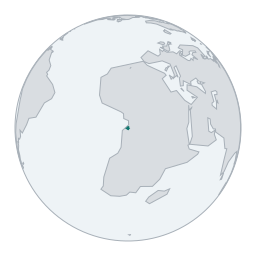 Centro Sur highlighted on a globe, orthographic projection, rotated 35°
{"feature_id": "GNQ-1468", "entity_name": "Centro Sur", "entity_type": "Province", "adm_level": 1, "iso_a3": "GNQ", "parent_name": "Equatorial Guinea", "parent_adm1": "", "projection": "orthographic", "projection_center": [10.435, 1.583], "detail": "fine", "context": "on_globe", "style": "filled", "palette": "teal", "viewbox_px": 256, "rotation_deg": 35, "n_neighbors": 0, "source": "natural_earth", "source_scale": "10m", "svg_char_len": 7324}
<svg xmlns="http://www.w3.org/2000/svg" viewBox="0 0 256 256"><g transform="rotate(35 128 128)"><circle cx="128" cy="128" r="113" fill="#eef3f6" stroke="#a8b0b8"/><path d="M88.5,22.5L87.0,23.1L84.2,24.2L83.9,24.4L88.5,22.5ZM60.0,38.2L57.4,40.2L59.5,38.6L62.9,36.1L66.0,34.2L69.7,31.7L71.5,30.7L75.7,28.3L76.2,28.3L74.3,29.7L70.8,31.8L69.9,32.6L74.1,30.6L68.5,34.8L66.4,38.5L64.8,39.9L60.1,42.1L57.8,41.9L51.8,46.2L56.8,43.2L52.8,47.2L52.6,48.0L53.4,47.8L55.4,46.3L54.3,47.8L48.9,51.0L49.8,49.6L51.5,48.5L50.4,48.7L46.7,51.4L45.0,53.6L41.3,56.6L40.0,58.2L38.5,60.1L40.8,57.0L36.6,62.7L32.5,68.2L37.1,61.4L42.2,55.0L47.7,49.0L53.7,43.3L60.0,38.2ZM16.9,109.3L16.9,109.2L16.8,111.2L17.8,106.6L19.0,104.2L17.8,110.7L19.4,104.8L19.4,108.0L22.6,108.0L22.0,109.5L24.4,117.5L29.0,121.2L30.1,126.1L29.4,129.1L31.4,130.1L31.5,132.0L41.3,135.6L47.8,140.9L48.6,147.8L45.1,155.4L46.4,171.9L41.3,176.9L43.0,183.4L44.3,192.7L40.8,191.7L44.9,196.6L45.6,199.3L44.2,199.3L46.7,202.6L45.8,202.6L48.3,204.8L50.9,208.8L54.9,212.3L57.9,215.5L60.6,217.5L60.2,217.4L60.8,218.1L62.3,219.2L59.3,217.2L53.8,212.7L51.4,210.5L50.9,210.0L45.4,204.2L46.3,205.3L38.7,196.3L33.9,188.7L23.4,166.5L21.6,162.0L19.2,156.7L16.9,146.3L15.7,136.5L15.4,126.7L15.7,120.6L16.6,111.8L16.7,110.5L16.6,111.1L16.9,109.3ZM24.3,84.1L22.8,89.2L22.1,89.8L22.5,88.9L23.3,86.6L23.6,85.6L24.3,84.1ZM27.3,77.7L27.5,77.3L27.5,77.2L27.3,77.7ZM75.2,28.5L75.4,28.4L74.5,28.9L75.2,28.5ZM76.8,27.7L76.7,27.7L76.0,28.1L76.8,27.7ZM80.1,26.1L78.1,27.0L77.7,27.2L80.1,26.1ZM94.8,20.5L94.7,20.4L96.4,19.9L94.8,20.5ZM100.3,18.8L100.2,18.9L98.7,19.3L98.9,19.2L100.3,18.8ZM109.4,16.9L107.3,17.3L106.6,17.4L109.4,16.9ZM65.6,221.3L60.2,217.9L62.6,219.4L60.9,217.9L65.0,220.3L65.6,221.3ZM62.0,217.2L62.0,216.3L63.0,216.9L63.2,217.6L62.0,217.2ZM237.8,102.8L237.6,101.9L239.2,110.0L239.6,112.6L240.2,118.0L239.9,115.3L239.5,112.8L238.4,105.8L235.6,95.4L235.6,97.2L234.4,93.1L230.6,84.9L229.9,87.4L229.7,98.2L231.7,108.8L230.8,113.6L224.6,98.3L220.8,88.3L219.2,89.3L212.3,81.2L202.2,81.0L200.2,78.6L198.4,79.8L193.4,77.4L190.2,73.5L187.5,73.9L196.0,84.3L198.9,84.0L200.5,79.9L202.4,83.7L207.1,87.1L203.9,96.8L187.9,105.9L185.5,98.0L168.7,77.5L168.7,75.3L168.6,75.0L168.4,74.6L167.8,78.3L164.6,74.5L174.5,88.4L176.5,94.7L187.7,106.4L186.9,107.7L190.2,110.1L199.8,106.9L200.1,109.5L196.1,122.2L182.0,139.9L183.4,151.7L181.5,161.8L171.7,168.8L171.5,176.6L166.2,179.5L165.2,183.9L160.4,188.7L152.7,193.4L140.9,193.7L141.0,189.7L136.3,182.0L130.3,163.3L134.1,154.5L133.4,147.8L124.8,133.3L126.7,125.1L124.2,121.7L119.1,122.7L116.1,118.8L112.9,118.8L92.5,122.4L85.8,117.4L76.8,102.0L80.1,95.6L79.9,88.6L102.2,64.6L107.9,65.6L126.6,62.2L129.0,62.9L127.8,68.0L142.6,73.9L146.2,69.5L158.6,72.8L166.3,72.5L167.2,63.0L154.7,63.2L151.6,58.7L160.8,54.8L171.6,55.3L170.7,53.7L163.1,50.0L164.7,47.2L160.3,48.6L162.7,50.2L160.0,51.3L157.7,50.0L158.4,48.9L154.9,48.2L152.6,54.0L154.8,56.3L146.2,57.6L149.0,61.6L146.9,63.6L141.4,57.6L141.3,55.4L131.7,49.5L131.0,51.9L140.0,57.7L137.6,57.3L136.8,61.1L135.5,57.9L125.8,51.5L117.5,53.4L108.3,63.2L103.2,64.3L98.2,62.8L100.1,53.3L111.4,51.9L112.2,49.1L108.7,45.4L112.5,45.5L112.4,44.0L116.6,43.6L121.2,39.8L125.3,39.3L126.0,35.1L128.2,34.5L127.1,37.0L128.6,38.7L138.5,38.2L140.1,37.3L139.7,34.8L142.5,35.2L140.9,32.8L146.0,31.9L138.4,31.3L137.8,28.9L140.2,27.1L138.7,26.4L134.7,29.3L134.3,30.7L136.2,31.9L134.0,36.3L130.8,37.1L127.9,32.6L123.1,33.5L123.0,30.1L133.9,23.4L139.1,22.4L150.0,25.0L149.5,26.3L145.3,25.8L150.2,28.2L149.3,27.0L151.6,27.5L151.6,25.8L153.2,26.1L150.4,24.1L152.4,24.4L154.2,25.6L155.9,23.8L159.7,24.1L159.3,23.6L157.8,23.0L163.7,24.1L163.1,23.7L161.0,23.2L158.5,22.1L156.3,20.8L158.5,21.2L159.5,21.8L165.0,23.8L167.5,25.5L168.2,25.6L166.5,24.3L159.8,21.7L157.9,20.8L161.2,21.8L159.9,21.4L159.6,21.1L161.4,21.4L157.8,20.3L151.9,17.9L152.8,18.1L160.4,20.1L167.9,22.7L175.2,25.7L182.2,29.3L189.0,33.3L195.5,37.8L201.7,42.8L207.5,48.2L212.9,54.0L217.9,60.1L222.4,66.6L226.5,73.3L230.1,80.4L233.2,87.7L235.7,95.2L237.8,102.8ZM95.7,76.3L95.4,78.3L95.7,76.3ZM183.9,61.2L189.7,61.7L185.5,56.0L187.4,55.9L185.3,54.2L185.2,55.7L179.7,51.1L181.7,49.6L180.1,47.4L178.1,47.2L175.4,50.7L183.2,57.1L182.5,59.3L183.9,61.2ZM22.7,107.9L22.9,109.2L22.3,109.2L22.7,107.9ZM21.2,92.4L21.2,92.6L21.0,93.6L20.8,93.9L21.2,92.4ZM23.7,92.9L24.2,93.5L23.3,93.9L23.7,92.9ZM22.8,90.0L23.3,92.6L21.7,94.4L21.5,92.8L22.1,92.3L22.8,90.0ZM25.6,81.2L25.4,81.7L24.9,82.8L25.6,81.2ZM27.4,77.7L27.3,77.8L27.7,76.9L27.4,77.7ZM53.1,47.0L53.5,46.8L54.0,47.0L53.0,47.7L53.1,47.0ZM60.8,44.5L58.8,47.1L59.5,45.5L57.8,46.7L57.1,45.2L64.0,40.5L61.0,42.8L60.8,44.5ZM58.1,42.3L57.8,43.5L57.9,42.4L58.1,42.3ZM108.1,37.3L109.9,38.0L108.9,39.7L103.7,41.3L105.2,38.8L108.1,37.3ZM112.7,38.7L111.2,34.3L114.4,33.4L112.9,34.6L115.1,34.5L113.2,36.4L117.6,40.2L117.0,42.1L107.9,43.5L111.2,41.9L109.2,41.1L112.7,38.7ZM102.1,27.6L101.5,26.5L109.0,25.9L108.7,27.0L103.6,28.4L100.9,28.0L102.1,27.6ZM84.9,24.1L84.2,24.3L85.1,24.0L86.4,23.5L84.9,24.1ZM95.1,20.3L96.5,19.9L93.3,20.9L94.6,20.5L88.9,23.0L87.8,23.3L85.8,24.8L82.2,26.3L83.6,25.2L79.2,27.7L79.1,27.3L76.4,29.0L80.0,26.3L79.6,26.3L81.4,25.7L84.8,24.3L86.2,23.7L89.8,22.1L90.3,21.9L95.1,20.3ZM120.6,16.6L117.7,16.8L121.4,17.1L118.3,17.5L118.9,17.5L117.0,18.1L115.7,18.9L114.2,19.1L114.4,19.3L113.1,19.8L112.8,20.3L109.9,20.9L109.4,21.6L108.3,21.5L108.1,22.6L106.9,22.1L105.2,22.9L107.3,23.0L92.0,26.4L86.6,28.8L82.7,31.3L81.1,30.4L83.8,27.8L88.6,24.7L94.1,22.8L92.4,22.9L94.5,22.1L95.0,22.3L95.5,21.5L97.4,21.0L101.7,19.3L101.4,18.9L102.9,18.4L104.0,18.3L104.8,17.9L107.9,17.5L109.1,17.2L113.3,16.6L114.6,16.9L115.9,16.5L119.1,16.3L120.6,16.6ZM112.6,16.4L114.8,16.2L114.2,16.5L107.2,17.4L105.7,17.7L101.1,18.7L101.7,18.5L104.3,17.9L103.8,18.0L105.1,17.7L105.9,17.6L107.3,17.3L109.1,17.0L109.4,16.9L112.2,16.5L112.6,16.4ZM131.3,60.9L133.1,61.1L135.8,60.8L135.4,63.3L131.3,60.9ZM124.6,56.6L126.2,56.2L126.8,59.3L124.9,59.3L124.6,56.6ZM126.5,53.5L126.2,55.9L125.2,54.6L126.5,53.5ZM128.5,36.6L130.1,36.3L130.5,36.8L129.9,37.8L128.5,36.6ZM131.0,19.1L129.4,18.8L129.8,18.6L128.0,17.8L130.2,17.6L132.2,18.1L131.0,19.1ZM165.4,64.6L163.6,66.5L162.3,65.6L163.2,65.1L165.4,64.6ZM149.0,64.7L153.0,65.9L148.8,65.4L149.0,64.7ZM133.1,18.8L132.1,18.4L133.8,18.6L133.1,18.8ZM131.8,17.5L133.7,17.6L130.3,17.5L131.8,17.5ZM191.5,213.6L191.0,214.9L189.9,215.0L191.5,213.6ZM197.9,159.9L189.0,177.7L184.5,177.9L184.6,172.7L188.5,161.9L194.0,158.8L197.0,153.9L197.9,159.9ZM240.6,130.8L239.7,117.5L240.0,117.9L240.5,122.5L240.6,130.8ZM232.1,109.9L234.0,116.3L233.2,117.4L232.1,109.9ZM150.7,19.0L150.7,20.2L152.1,21.4L155.2,22.4L150.8,21.6L148.6,19.8L150.7,19.0ZM151.6,17.9L148.8,17.3L150.0,17.5L150.8,17.7L151.6,17.9ZM149.9,17.6L146.7,17.1L145.1,16.8L148.0,17.2L149.9,17.6ZM140.0,17.3L139.8,17.5L138.4,17.3L140.0,17.3Z" fill="#d9dde1" stroke="#a8b0b8" stroke-width="1"/><path d="M127.5,126.9L128.0,126.9L128.0,127.0L128.0,127.3L128.3,127.5L128.3,127.8L128.3,128.0L128.5,128.0L128.8,128.0L129.0,128.0L128.9,128.2L128.8,128.3L128.7,128.4L128.7,128.5L128.8,128.7L128.9,128.8L129.0,128.9L129.0,129.0L128.6,129.1L128.0,129.1L127.4,129.1L127.2,129.1L127.3,129.0L127.5,129.0L127.6,128.9L127.5,128.7L127.4,128.6L127.4,128.4L127.4,128.2L127.1,128.1L127.1,127.9L127.3,127.7L127.4,127.3L127.4,127.2L127.5,127.1L127.5,126.9Z" fill="#14b8a6" stroke="#0f766e" stroke-width="1.5"/></g></svg>